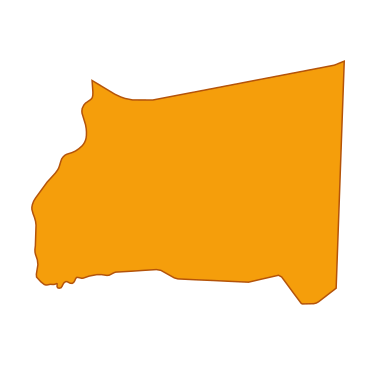 the Region of Najran, rotated 356°
{"feature_id": "SAU-1096", "entity_name": "Najran", "entity_type": "Region", "adm_level": 1, "iso_a3": "SAU", "parent_name": "Saudi Arabia", "parent_adm1": "", "projection": "natural_earth1", "projection_center": [44.686, 18.237], "detail": "fine", "context": "isolated", "style": "filled", "palette": "amber", "viewbox_px": 384, "rotation_deg": 356, "n_neighbors": 0, "source": "natural_earth", "source_scale": "10m", "svg_char_len": 1515}
<svg xmlns="http://www.w3.org/2000/svg" viewBox="0 0 384 384"><g transform="rotate(356 192 192)"><path d="M329.1,298.0L320.1,304.0L310.5,310.4L308.1,311.5L305.6,311.9L295.2,311.4L294.1,311.3L293.1,310.6L286.4,300.2L280.6,291.0L275.5,283.0L272.5,281.1L255.1,283.8L242.1,285.9L223.0,283.7L208.1,281.9L188.6,279.7L171.9,277.7L168.3,276.4L155.5,268.0L151.1,266.9L137.8,266.8L135.9,266.8L126.2,266.8L110.3,266.6L108.5,267.1L103.6,269.2L101.4,269.3L96.0,268.1L91.2,267.8L83.6,268.7L77.6,270.3L76.1,270.4L72.8,269.4L71.2,269.1L70.0,270.1L68.8,272.4L67.6,274.0L66.1,274.8L64.1,274.5L61.1,272.7L59.7,272.6L58.0,273.6L56.8,275.2L55.8,277.0L54.6,278.4L52.8,278.7L51.8,278.4L51.4,278.2L51.1,277.7L50.8,277.0L51.0,275.1L51.0,274.1L50.5,273.9L48.7,274.5L47.3,274.6L44.2,274.2L41.2,274.6L39.8,274.6L38.2,274.0L35.0,271.1L31.0,266.0L31.0,263.1L33.2,253.8L33.0,248.9L31.5,243.2L31.2,241.0L31.3,238.4L32.0,234.7L34.1,214.2L33.9,210.3L33.1,206.5L31.9,202.4L31.1,198.3L31.2,196.0L31.9,193.4L33.4,190.1L35.5,187.1L48.2,172.0L57.0,163.6L59.5,160.6L60.5,159.1L61.4,157.2L63.3,152.2L64.3,149.9L66.0,147.9L67.9,146.4L69.7,145.6L75.1,144.3L78.6,143.0L82.2,140.9L85.6,138.3L87.1,136.7L88.3,135.0L89.3,133.1L90.1,130.9L90.6,128.3L90.9,124.8L90.9,121.6L90.5,117.5L87.8,105.7L87.8,103.5L88.3,101.0L90.2,97.7L92.0,95.9L97.2,92.8L98.5,91.7L99.2,90.6L99.8,88.5L100.1,85.5L100.1,73.8L121.9,89.1L127.5,92.2L131.7,94.0L139.1,96.0L159.3,97.5L342.8,75.4L353.0,72.1L329.1,297.9L329.1,298.0Z" fill="#f59e0b" stroke="#b45309" stroke-width="1.5"/></g></svg>